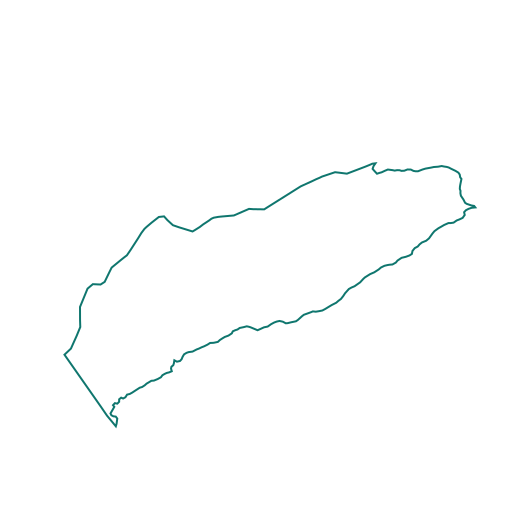 Centro do Guilherme, Maranhão, Brazil (Equal Earth projection), rotated 55°
{"feature_id": "56859067B30223143423538", "entity_name": "Centro do Guilherme", "entity_type": "district", "adm_level": 2, "iso_a3": "BRA", "parent_name": "Brazil", "parent_adm1": "Maranhão", "projection": "equal_earth", "projection_center": [-46.079, -2.413], "detail": "fine", "context": "isolated", "style": "outline", "palette": "teal", "viewbox_px": 512, "rotation_deg": 55, "n_neighbors": 0, "source": "geoboundaries", "source_scale": "gbopen_adm2", "svg_char_len": 3192}
<svg xmlns="http://www.w3.org/2000/svg" viewBox="0 0 512 512"><g transform="rotate(55 256 256)"><path d="M342.0,48.5L340.1,48.6L338.1,50.6L334.1,53.5L332.3,54.2L328.8,53.7L324.2,53.6L321.9,52.6L319.9,51.1L318.0,50.6L316.1,49.1L314.7,47.7L312.5,45.4L310.7,43.5L308.7,43.6L306.1,42.4L303.8,42.4L300.6,43.8L296.5,46.1L294.0,47.4L292.4,48.7L290.5,50.7L288.8,52.3L287.3,55.6L285.1,59.3L284.0,61.9L281.6,67.1L280.6,70.2L279.5,74.7L278.0,76.8L276.6,78.2L274.0,79.6L272.0,82.3L271.2,85.6L269.7,88.0L268.1,89.2L266.6,91.2L265.6,93.4L264.0,94.9L260.8,98.4L260.1,101.6L259.5,105.1L258.7,107.3L258.0,109.7L255.9,110.0L253.6,110.3L251.5,110.5L249.8,108.2L248.6,105.0L247.1,107.8L246.6,110.5L245.5,115.3L240.7,134.3L235.0,140.6L232.7,143.2L228.8,156.4L228.4,159.0L227.6,162.8L226.9,167.0L225.0,177.2L224.6,179.5L222.6,219.8L222.5,222.5L216.0,231.5L213.4,234.7L210.1,250.9L203.9,261.6L202.4,264.3L200.4,268.6L199.9,271.1L200.0,273.9L199.9,278.1L199.8,281.1L200.0,285.4L199.7,291.5L199.5,293.9L188.2,302.7L183.1,306.4L175.8,308.0L170.8,308.6L168.3,313.2L168.8,322.4L169.4,329.0L169.8,331.8L171.4,336.7L173.9,342.5L179.1,355.3L181.4,361.4L181.5,364.3L181.8,369.1L182.7,380.9L185.2,385.5L190.4,394.8L190.3,397.3L190.2,399.7L185.5,405.8L186.1,412.7L196.8,429.4L207.6,436.9L213.4,440.7L218.6,448.8L222.1,454.7L225.7,460.7L227.0,469.5L246.7,469.5L288.0,469.5L290.3,469.5L299.7,469.6L301.5,469.6L315.1,468.5L313.4,466.4L311.9,465.0L309.6,462.9L307.1,463.0L305.5,464.8L303.5,465.8L301.5,465.5L299.9,462.0L298.3,458.6L296.2,458.7L295.6,456.0L297.4,454.3L296.9,451.7L294.9,450.3L294.7,447.7L296.5,446.6L296.8,444.0L295.6,441.1L296.6,438.6L296.9,435.7L297.0,432.1L297.1,429.6L297.2,426.8L298.0,424.4L298.1,421.3L297.8,418.8L298.0,416.2L298.2,413.3L299.5,411.1L300.4,407.1L300.8,403.4L300.0,401.1L300.2,398.4L300.6,396.2L301.5,393.9L302.1,391.1L299.5,390.2L298.2,388.8L298.0,386.4L296.8,384.8L294.6,382.7L297.2,381.4L298.4,378.5L297.9,376.2L296.4,373.8L295.3,371.3L295.5,368.4L296.1,366.3L297.9,362.8L298.5,358.2L299.1,355.9L299.6,352.8L300.2,350.4L300.8,346.5L300.9,343.5L302.8,340.5L304.5,336.5L304.1,333.8L304.2,330.8L304.4,328.0L305.4,324.2L305.5,320.2L304.4,318.2L304.9,315.5L305.6,313.3L305.6,310.6L307.2,306.9L308.3,303.9L309.8,302.5L311.2,301.4L314.2,299.5L317.7,297.3L318.3,294.3L319.0,290.4L320.5,286.9L320.5,282.7L320.9,279.3L321.6,276.6L322.7,274.0L325.2,271.7L328.2,270.2L329.2,268.5L330.5,265.1L331.5,262.8L332.4,260.7L332.4,258.3L331.7,252.8L331.6,250.5L332.2,248.3L333.5,243.5L334.0,241.2L335.9,239.0L337.3,236.1L338.7,232.9L339.1,229.7L339.3,226.4L339.6,222.1L340.3,217.1L340.0,214.2L339.9,211.0L338.8,207.4L337.6,204.4L336.3,198.9L336.6,195.9L337.3,192.6L337.3,189.6L337.3,185.8L336.3,181.3L336.0,179.1L336.3,172.9L337.2,168.5L337.4,163.2L337.1,160.2L337.7,156.4L338.8,153.6L339.7,151.7L341.2,149.1L341.6,145.2L340.9,142.7L341.0,137.8L342.6,133.7L343.6,129.9L343.7,127.1L341.6,124.9L340.6,121.4L341.0,118.1L340.3,115.3L340.1,112.3L341.1,107.9L340.8,104.2L338.8,98.5L338.0,95.6L337.9,90.6L338.2,87.7L338.5,84.1L339.4,79.5L340.6,77.8L342.0,75.0L342.0,71.2L342.7,68.4L343.3,64.9L342.1,61.5L339.5,60.4L338.9,57.8L339.3,54.8L340.2,51.7L342.0,48.5Z" fill="none" stroke="#0f766e" stroke-width="2"/></g></svg>